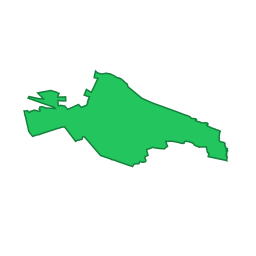 Krišjāņu pag., Balvu, Latvia (Natural Earth projection), rotated 202°
{"feature_id": "27541924B18316673123467", "entity_name": "Krišjāņu pag.", "entity_type": "district", "adm_level": 2, "iso_a3": "LVA", "parent_name": "Latvia", "parent_adm1": "Balvu", "projection": "natural_earth1", "projection_center": [27.279, 56.822], "detail": "fine", "context": "isolated", "style": "filled", "palette": "green", "viewbox_px": 256, "rotation_deg": 202, "n_neighbors": 0, "source": "geoboundaries", "source_scale": "gbopen_adm2", "svg_char_len": 5364}
<svg xmlns="http://www.w3.org/2000/svg" viewBox="0 0 256 256"><g transform="rotate(202 128 128)"><path d="M230.7,105.0L228.2,101.1L226.7,99.3L225.8,97.9L223.8,95.1L221.5,91.8L219.2,88.5L218.6,87.6L216.5,86.3L213.3,84.5L212.1,85.5L209.2,88.0L208.5,88.1L204.1,92.0L203.6,92.4L199.1,96.2L196.5,98.3L193.7,100.7L191.9,102.1L191.1,102.7L190.2,103.5L188.8,104.4L188.0,104.9L187.4,105.3L186.9,105.0L186.7,104.9L184.7,103.8L180.2,101.1L177.6,99.6L176.8,99.1L171.7,96.0L171.3,96.0L170.9,97.0L170.7,97.1L170.2,97.6L169.8,97.9L169.6,98.1L169.4,98.2L168.8,98.5L168.5,98.6L168.4,98.7L168.3,98.9L168.2,99.1L168.1,99.4L167.8,99.6L167.0,99.7L166.6,100.1L166.3,100.8L166.3,101.0L166.6,101.6L166.6,102.1L166.7,102.6L166.7,102.8L165.9,103.4L165.6,103.6L164.9,103.4L158.0,99.9L156.7,99.2L145.1,93.2L143.9,92.6L143.2,92.3L143.1,92.2L140.9,92.3L136.1,92.6L132.9,92.8L132.7,92.9L131.8,92.5L131.2,92.7L130.6,92.8L127.1,93.2L125.6,93.1L115.4,93.6L109.3,94.0L109.2,95.6L108.7,96.8L108.6,97.2L108.1,97.4L104.8,98.8L104.6,98.9L104.6,99.0L104.5,99.4L104.6,100.2L104.6,100.8L104.5,101.1L104.3,101.2L104.1,101.3L101.3,101.8L101.1,101.9L100.8,102.0L100.6,102.2L100.3,102.5L99.4,103.0L99.3,103.3L99.1,103.8L99.1,104.1L99.3,104.6L99.4,104.8L100.1,105.6L101.5,106.8L101.6,107.0L101.5,107.3L101.4,107.7L100.4,108.8L99.4,110.0L99.2,110.1L101.6,113.4L102.5,114.7L102.6,114.9L98.8,118.3L98.2,119.2L94.1,120.0L90.4,121.0L86.8,122.2L86.4,122.3L85.6,124.2L85.2,124.8L84.4,125.7L88.0,129.7L85.3,130.8L84.6,131.2L82.5,132.1L82.3,132.2L77.7,133.2L76.8,133.3L75.3,133.6L74.0,133.7L72.9,133.8L72.4,133.9L71.1,134.3L70.9,134.5L71.0,134.5L70.9,134.6L70.7,135.0L70.5,135.4L70.1,137.0L67.5,137.9L67.2,138.1L62.0,138.3L61.9,138.2L61.7,138.3L61.5,138.0L60.6,137.4L60.3,137.2L59.9,137.1L59.1,137.0L58.3,136.9L57.9,136.9L56.8,137.0L56.4,137.0L55.1,136.9L54.8,136.8L54.6,136.9L53.3,137.8L52.8,137.9L51.5,138.5L48.4,139.8L47.5,138.5L47.1,138.0L45.9,136.2L45.2,135.1L43.6,134.8L42.9,131.5L25.4,134.6L24.1,134.7L24.4,135.1L24.6,135.7L25.0,137.4L25.0,138.1L25.4,138.2L25.9,138.5L26.0,138.6L26.1,138.9L26.1,139.0L26.5,139.0L26.4,139.3L26.3,139.5L26.2,139.6L26.3,139.7L26.9,140.0L27.1,140.2L27.0,140.3L27.1,140.6L27.2,140.9L27.0,141.1L26.8,141.3L26.8,141.5L26.8,141.8L27.0,142.0L27.4,142.5L28.0,143.0L28.0,143.3L27.8,143.4L27.5,143.5L27.1,143.8L27.0,144.1L27.1,144.3L27.3,144.4L27.5,144.4L27.7,144.2L28.0,144.2L28.3,144.2L28.6,144.4L28.2,144.7L27.9,144.9L27.9,145.0L28.1,145.3L28.1,145.6L28.0,145.8L28.0,146.0L28.3,146.1L28.7,145.9L29.0,145.8L29.3,145.8L29.5,145.9L29.8,146.0L30.0,146.4L30.0,146.7L30.2,146.8L30.6,147.3L31.7,148.2L31.9,148.5L32.0,148.8L32.0,149.0L32.0,149.4L32.3,150.1L33.1,150.3L33.9,150.5L34.5,150.4L35.3,150.2L35.9,150.1L36.3,150.1L36.7,150.0L37.5,150.1L37.9,150.1L38.4,150.2L38.6,150.4L38.8,150.5L39.0,150.9L39.1,151.1L39.3,152.0L39.4,152.7L39.7,153.1L40.2,153.9L40.3,154.2L40.4,154.5L40.7,156.0L40.9,156.9L41.1,157.4L41.3,158.0L41.4,158.3L41.4,158.5L41.1,159.0L41.1,159.3L41.2,159.5L41.6,159.7L42.2,159.8L42.9,159.8L43.2,159.8L44.3,159.6L44.9,159.5L45.7,159.5L46.8,159.6L47.2,159.6L50.0,159.4L50.9,159.4L51.5,159.4L51.9,159.5L53.3,159.6L55.5,159.7L55.9,159.8L56.0,159.9L56.0,160.1L56.0,160.3L55.9,160.5L55.4,160.9L55.3,161.1L55.3,161.3L55.3,161.5L55.6,161.9L55.8,162.0L56.2,162.2L56.6,162.2L56.9,162.2L57.4,162.2L57.7,162.1L58.2,161.9L58.5,161.8L59.0,161.4L59.8,161.0L60.8,160.6L61.6,160.3L61.9,160.3L63.5,160.5L66.8,160.1L67.4,160.0L67.6,160.0L67.9,160.1L68.2,160.3L68.3,160.4L68.4,160.5L68.3,160.9L67.8,161.3L67.7,161.4L67.7,161.5L67.9,161.6L68.4,161.8L68.7,161.8L69.3,161.7L69.8,161.6L70.8,161.3L72.3,160.8L72.5,160.8L73.0,160.8L73.3,160.9L73.8,161.2L75.0,161.6L75.3,161.7L75.6,161.7L83.3,161.4L83.5,161.4L88.9,161.3L108.1,160.6L109.3,160.5L109.9,160.6L110.7,160.5L112.9,160.4L115.6,160.4L119.4,160.5L125.0,160.7L125.9,160.7L127.7,161.2L129.6,161.8L134.6,163.4L139.2,164.9L140.0,165.1L143.2,166.1L143.4,166.3L143.6,166.3L144.1,166.9L144.9,168.1L145.0,168.3L145.4,168.5L145.7,168.6L148.0,169.0L148.9,169.6L149.3,169.8L153.1,171.0L153.3,171.0L153.6,171.0L154.7,171.0L155.2,171.0L156.6,170.6L157.1,170.6L157.6,170.6L158.6,170.9L159.0,171.0L161.9,171.3L165.2,171.5L165.9,171.2L168.8,170.6L172.3,168.3L172.5,168.2L174.0,168.0L176.9,167.7L177.0,167.7L179.4,168.6L178.3,162.0L175.7,162.5L174.5,162.6L174.6,160.6L174.7,159.1L174.8,156.0L175.1,151.7L175.3,147.4L176.5,147.5L181.0,148.2L181.0,146.6L180.9,143.8L181.0,142.1L176.5,142.3L175.4,142.5L175.5,139.6L175.3,139.6L175.4,137.2L174.7,136.4L174.8,136.1L174.9,135.3L175.0,133.7L175.1,133.4L175.2,133.2L175.9,132.6L178.4,130.4L178.6,130.2L178.8,130.0L179.1,129.7L179.8,129.9L181.6,130.7L182.6,131.3L185.7,128.2L187.8,125.9L191.0,122.6L194.9,124.7L198.9,123.8L201.0,122.5L201.6,123.6L203.3,127.2L202.4,127.5L199.9,128.2L195.9,129.8L197.2,132.9L197.5,133.5L204.7,130.3L205.0,130.8L204.9,131.0L205.0,131.1L205.1,131.3L204.9,134.2L208.0,134.4L213.4,133.9L213.6,133.9L218.2,131.0L224.9,126.7L222.3,125.5L222.2,125.5L221.5,125.2L221.4,125.2L217.3,123.3L221.2,121.9L231.6,120.1L231.9,118.3L227.8,118.4L206.8,119.4L206.2,119.5L205.5,119.5L204.6,119.6L204.1,119.6L202.8,118.8L205.2,118.1L206.7,117.5L211.4,115.9L216.0,115.5L216.5,114.9L217.5,114.7L217.4,112.1L215.9,111.6L215.9,110.9L216.8,110.1L221.9,109.4L222.6,108.5L223.2,108.0L224.9,106.8L224.9,105.5L225.6,105.3L227.8,106.5L228.9,105.5L230.7,105.0Z" fill="#22c55e" stroke="#15803d" stroke-width="1.5"/></g></svg>